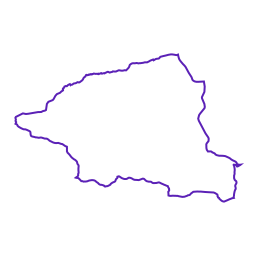 Rona De Sus, Maramures, Romania (Robinson projection)
{"feature_id": "2599482B84873154480741", "entity_name": "Rona De Sus", "entity_type": "district", "adm_level": 2, "iso_a3": "ROU", "parent_name": "Romania", "parent_adm1": "Maramures", "projection": "robinson", "projection_center": [24.07, 47.888], "detail": "fine", "context": "isolated", "style": "outline", "palette": "violet", "viewbox_px": 256, "rotation_deg": 0, "n_neighbors": 0, "source": "geoboundaries", "source_scale": "gbopen_adm2", "svg_char_len": 5751}
<svg xmlns="http://www.w3.org/2000/svg" viewBox="0 0 256 256"><path d="M233.9,197.9L233.6,197.2L234.0,195.6L234.0,194.8L234.2,193.4L234.6,191.4L234.9,190.5L235.3,189.6L235.7,188.9L235.7,188.6L235.6,187.5L235.2,186.0L235.3,185.5L235.5,184.8L236.1,183.8L236.4,183.2L236.5,182.2L236.2,181.2L235.9,180.9L235.2,180.4L234.7,179.8L234.1,178.2L234.1,177.4L234.1,176.2L234.1,175.5L234.4,174.7L234.5,174.2L234.6,173.3L234.5,172.4L234.6,171.2L234.7,170.5L234.7,169.6L234.6,168.5L234.2,166.3L234.0,165.6L233.6,164.9L233.7,164.7L234.1,164.7L236.0,165.0L236.3,165.1L236.5,165.3L236.7,165.6L236.8,166.2L236.9,166.4L237.3,166.5L237.9,166.3L239.1,165.6L240.1,165.1L240.6,164.7L239.9,164.8L238.5,164.6L237.4,164.2L237.0,163.9L236.8,163.6L236.5,162.6L235.7,161.8L234.7,161.2L233.3,160.6L232.2,160.0L231.2,159.4L229.9,158.3L228.8,157.7L227.5,157.1L226.6,156.7L225.5,156.2L224.5,156.0L222.8,155.8L219.0,155.7L217.8,155.4L216.9,155.2L215.5,154.5L215.3,154.2L215.1,153.9L214.6,153.4L213.6,152.9L212.3,152.4L212.1,152.1L211.2,151.5L210.2,151.4L208.0,151.5L206.8,149.8L206.4,148.1L206.3,144.3L206.7,143.4L208.5,141.1L208.7,138.8L208.3,137.5L205.5,133.4L198.8,120.7L198.2,118.6L199.1,115.1L200.1,113.6L204.5,108.2L204.8,106.9L204.4,104.0L202.0,98.3L201.9,97.2L204.4,91.9L204.7,86.5L203.9,81.5L198.5,81.8L196.4,81.8L194.6,81.4L193.7,80.9L193.1,80.5L192.4,79.7L192.3,79.4L191.9,78.1L191.4,76.9L188.8,72.9L185.6,67.0L185.3,66.6L184.3,65.4L183.0,64.1L180.8,61.5L179.7,60.0L179.1,58.9L178.7,57.6L178.3,56.1L178.0,54.6L177.1,55.0L176.3,55.1L174.2,54.7L172.9,54.5L171.9,54.4L170.8,54.4L168.4,54.8L165.8,55.5L163.6,56.0L160.4,56.8L159.0,58.4L158.4,58.6L156.7,58.8L156.1,58.9L155.4,59.2L154.2,60.0L153.6,60.3L153.1,59.5L150.3,60.6L149.4,61.2L147.2,62.3L144.9,62.3L143.1,62.8L140.2,63.2L139.4,63.2L138.4,63.4L137.3,63.1L136.7,63.0L135.5,63.2L134.2,63.3L133.0,63.2L131.8,63.5L131.1,63.9L129.9,64.8L129.6,65.3L129.4,66.3L128.8,67.5L128.2,68.2L126.9,69.6L126.0,70.4L124.8,70.2L122.6,70.7L121.4,70.7L119.4,70.3L118.7,70.3L116.0,71.5L113.9,71.5L113.2,71.4L112.8,71.4L112.4,71.8L111.8,72.0L110.4,72.3L110.0,72.5L109.4,72.5L108.9,72.2L108.3,71.9L107.3,71.9L106.3,72.5L105.1,72.9L104.9,73.2L104.5,73.4L104.1,73.2L103.6,73.2L102.3,73.6L101.7,73.6L101.5,73.3L101.3,73.1L100.8,73.2L100.3,73.5L99.6,73.8L99.1,73.7L98.5,73.7L98.4,74.1L98.0,74.1L97.6,73.9L96.1,73.8L95.5,73.9L94.1,73.6L93.6,73.6L93.0,74.0L92.2,74.0L91.8,74.5L91.3,74.4L90.8,74.1L90.6,74.2L90.4,74.5L89.8,74.6L89.4,74.4L89.1,74.4L88.8,74.9L87.3,75.2L86.9,74.9L86.4,74.9L86.0,75.1L85.8,75.7L85.5,76.0L85.3,76.6L84.4,77.1L84.0,77.6L83.5,78.1L82.9,79.5L82.0,80.5L79.7,82.2L79.0,82.5L78.6,82.4L77.9,82.2L77.4,82.2L76.5,82.8L75.7,83.2L73.8,83.5L73.3,83.8L72.7,84.3L72.0,84.7L70.7,84.9L70.5,85.1L69.9,84.1L69.4,84.3L68.1,85.0L67.6,85.4L67.2,85.9L66.8,86.2L66.5,86.2L65.8,86.0L64.4,86.6L64.3,87.2L64.1,87.5L63.9,87.8L63.1,88.4L63.3,88.7L62.8,89.6L63.0,90.4L61.3,91.5L60.0,92.8L56.9,94.1L55.4,95.8L53.6,99.1L52.7,100.1L48.4,101.8L46.9,103.9L46.0,110.0L45.0,110.6L42.9,111.1L41.2,112.0L37.9,112.1L28.0,113.8L25.9,114.0L22.9,113.4L15.9,116.9L15.4,117.8L15.9,119.7L15.5,120.9L16.2,122.1L15.5,123.8L16.2,124.1L16.6,124.2L17.0,124.6L17.2,124.8L17.6,125.8L18.1,126.3L19.0,127.0L21.3,128.3L23.3,129.2L23.8,129.3L24.7,129.3L25.5,129.4L26.9,129.9L28.6,130.7L29.5,131.1L30.1,131.6L30.3,131.9L30.4,132.2L30.6,134.4L30.9,135.6L31.0,135.8L31.7,136.3L32.6,136.6L34.1,136.9L35.8,137.4L36.7,137.4L37.7,137.6L38.4,137.7L38.8,137.8L40.6,137.5L41.6,137.6L44.8,138.6L45.7,138.6L46.2,138.6L47.1,138.8L48.4,139.6L49.2,140.4L50.2,141.1L51.5,141.6L52.3,142.1L53.5,142.6L55.0,143.0L56.2,143.1L58.3,142.9L61.2,143.9L62.4,144.1L65.3,146.1L66.9,146.7L67.0,148.6L66.9,149.1L67.0,150.3L66.9,151.1L67.5,152.6L68.1,153.2L68.9,154.0L69.7,154.9L71.2,156.9L72.1,157.8L74.0,159.3L74.8,159.7L75.5,160.2L76.2,160.9L76.6,161.3L77.0,161.9L77.3,163.3L77.5,163.9L78.4,165.1L78.6,165.7L78.6,166.6L78.4,168.5L78.5,169.0L78.4,169.6L78.4,170.1L78.5,170.9L78.6,172.7L78.4,173.5L78.1,174.0L78.2,175.3L77.6,176.5L76.3,177.3L75.8,177.7L76.1,177.8L78.0,178.0L78.5,178.2L79.4,179.1L80.1,179.8L80.9,180.7L81.3,181.1L82.3,181.1L83.5,181.6L85.1,181.5L86.0,181.5L87.6,181.2L88.4,180.8L89.1,180.6L90.3,180.3L90.7,180.3L91.7,180.1L92.7,180.1L94.2,180.4L94.5,180.5L95.3,180.9L96.5,182.0L97.9,182.9L98.3,183.3L98.6,183.7L99.5,184.4L100.5,184.8L101.5,184.8L102.9,185.2L104.0,185.6L104.3,185.8L104.4,186.2L104.6,186.4L105.2,186.5L105.5,186.5L106.0,186.3L107.6,186.1L109.4,185.2L110.3,184.7L110.7,183.9L112.2,182.8L113.4,182.2L114.5,181.8L115.2,181.3L116.0,179.2L117.2,178.1L117.5,177.5L117.4,177.0L117.4,176.7L117.7,176.6L118.9,176.3L119.7,176.7L121.8,178.1L123.6,178.8L124.5,179.0L125.3,179.0L126.2,179.0L127.3,178.6L128.5,177.8L129.1,177.7L130.0,177.8L130.8,178.0L132.5,178.8L133.0,179.2L133.5,179.5L134.4,179.7L134.9,179.9L136.3,179.9L138.8,180.1L142.6,178.7L143.3,178.7L144.0,178.9L144.7,179.5L145.6,180.4L146.4,181.0L146.8,181.2L148.9,181.7L150.5,181.7L151.1,181.8L152.0,182.5L152.6,182.9L153.3,183.1L156.2,183.0L158.7,182.4L159.4,182.5L161.6,183.6L162.8,184.1L164.3,184.8L165.4,185.2L166.7,185.8L167.8,186.1L168.3,187.5L168.7,188.1L169.0,188.4L169.1,189.2L169.0,189.6L169.2,190.1L169.1,190.6L168.8,191.1L168.3,191.7L168.3,192.4L168.4,193.0L168.5,195.5L170.0,195.9L170.9,195.9L171.6,195.8L172.5,195.7L177.7,195.9L178.7,196.2L180.8,196.6L182.4,196.9L184.5,196.7L187.1,195.8L187.9,195.3L189.2,195.1L190.0,194.7L191.1,193.4L191.7,193.0L193.3,191.8L197.5,191.5L198.9,191.6L200.8,191.6L205.2,192.0L213.7,192.5L215.3,193.2L216.5,194.0L217.3,194.5L217.6,195.3L217.5,196.1L217.6,196.4L217.9,196.8L218.1,197.5L219.1,198.0L219.3,198.7L220.6,199.9L221.7,200.8L222.7,201.3L224.0,201.6L225.3,201.1L228.1,199.9L229.6,199.2L230.2,199.0L232.2,198.2L233.9,197.9Z" fill="none" stroke="#5b21b6" stroke-width="2"/></svg>